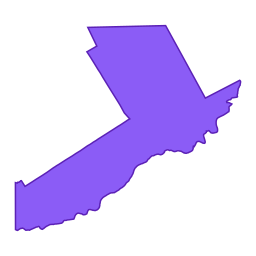 Nicolás Ruíz, Chiapas, Mexico
{"feature_id": "50627088B68724727080459", "entity_name": "Nicolás Ruíz", "entity_type": "district", "adm_level": 2, "iso_a3": "MEX", "parent_name": "Mexico", "parent_adm1": "Chiapas", "projection": "albers", "projection_center": [-92.605, 16.437], "detail": "fine", "context": "isolated", "style": "filled", "palette": "violet", "viewbox_px": 256, "rotation_deg": 0, "n_neighbors": 0, "source": "geoboundaries", "source_scale": "gbopen_adm2", "svg_char_len": 5599}
<svg xmlns="http://www.w3.org/2000/svg" viewBox="0 0 256 256"><path d="M165.6,25.6L87.8,27.4L96.8,46.1L86.9,51.8L88.1,53.6L90.2,56.8L94.1,63.1L98.2,69.8L99.9,72.3L101.5,75.0L102.0,75.9L103.0,77.6L106.7,83.6L109.1,87.5L117.9,101.6L118.7,102.9L120.1,105.2L124.2,112.7L124.3,112.9L127.9,116.9L129.8,118.9L128.9,119.4L128.1,119.8L125.6,121.5L120.3,125.0L118.1,126.3L112.7,129.8L111.1,130.8L106.4,133.8L99.8,138.0L98.8,138.6L97.3,139.6L96.4,140.3L93.2,142.2L92.1,143.0L90.0,144.4L88.2,145.4L87.2,146.0L81.6,149.9L80.6,150.6L75.7,153.6L72.3,155.9L65.9,159.8L58.8,164.4L56.4,165.8L55.3,166.6L53.5,167.7L47.2,172.2L42.0,175.6L36.4,179.1L35.3,179.8L32.9,181.4L29.1,183.8L25.0,186.4L21.4,180.7L21.1,180.7L20.6,180.8L20.1,181.5L19.4,181.9L18.8,182.4L18.2,182.2L17.6,182.3L17.3,183.0L16.5,182.9L15.4,182.6L15.5,229.6L17.3,230.4L18.1,230.1L18.9,229.5L20.7,228.4L21.6,228.4L22.3,228.1L23.0,228.3L23.7,228.6L24.1,228.9L24.5,229.3L25.0,229.6L25.7,230.2L26.5,230.2L27.2,230.1L28.0,230.0L28.5,230.0L29.6,230.2L30.7,229.5L31.8,229.1L35.4,227.5L36.1,227.1L37.0,227.0L37.9,226.7L38.6,226.4L39.3,226.7L39.7,227.4L40.3,228.4L41.8,229.2L42.4,229.3L43.6,228.5L44.1,228.2L44.3,227.9L45.1,227.3L45.8,226.8L46.4,226.3L47.4,225.9L48.1,225.5L48.9,225.1L50.0,224.5L51.0,224.5L52.1,224.3L53.2,224.5L54.0,224.2L55.3,224.0L56.3,224.0L57.5,223.8L58.6,223.7L59.7,223.5L61.8,223.1L63.1,221.9L63.6,220.9L64.4,220.4L66.0,220.4L67.6,219.9L69.2,219.8L70.3,219.6L71.8,219.4L73.8,219.1L74.5,217.5L75.0,215.9L75.8,214.6L77.2,213.4L78.4,213.1L79.3,213.3L80.0,213.5L80.8,213.7L81.8,213.8L82.6,214.5L83.6,214.8L85.2,214.6L86.8,213.8L87.8,210.9L88.6,209.7L90.0,209.5L92.0,210.0L92.9,210.3L93.6,210.3L94.0,210.4L94.5,210.5L95.5,210.5L96.2,210.2L96.4,210.1L97.1,209.9L98.2,209.0L99.0,208.0L99.4,207.2L99.5,206.6L99.7,206.0L99.8,205.3L99.8,204.5L99.8,203.9L100.1,203.3L100.2,202.6L100.3,201.9L100.5,201.0L100.6,200.5L101.0,200.0L101.3,199.5L101.6,199.0L102.0,198.6L102.5,198.0L103.0,197.5L103.5,197.1L104.0,196.8L104.6,196.4L105.3,196.0L106.0,195.6L107.1,194.8L107.6,194.5L108.1,194.3L108.6,194.0L109.2,193.7L109.8,193.3L111.0,192.9L111.5,192.8L112.1,192.9L112.8,192.7L113.6,192.7L114.6,192.6L115.3,192.0L116.2,191.6L117.0,191.0L117.9,190.5L118.8,190.0L119.5,189.3L119.8,188.9L120.4,188.6L120.8,188.2L121.7,187.8L122.3,187.4L122.9,186.9L123.6,186.4L124.1,185.9L124.7,185.3L125.6,184.1L125.9,183.4L126.4,182.9L127.1,182.2L127.6,181.9L128.4,181.2L128.9,180.7L129.4,179.5L129.8,178.7L130.2,178.2L130.6,177.6L131.0,177.1L131.5,176.5L131.8,175.9L132.1,175.1L132.6,174.3L133.0,173.5L133.3,172.5L133.6,171.7L133.7,171.0L134.0,170.3L134.3,169.6L134.5,169.3L134.8,168.5L135.2,168.0L135.7,167.6L136.1,167.1L136.5,166.5L137.1,166.1L137.4,165.8L138.1,165.3L138.7,165.0L139.2,164.7L139.9,164.5L140.6,164.1L141.1,163.9L142.3,163.6L142.9,163.4L143.4,163.0L144.0,162.8L144.7,162.5L145.3,162.3L146.0,162.0L146.6,161.5L147.0,161.1L147.4,160.5L147.6,160.0L147.9,159.6L148.2,159.2L148.7,158.9L149.0,158.8L149.3,158.5L149.6,158.1L150.3,157.3L150.9,156.8L151.2,156.4L151.5,156.2L151.9,155.9L152.4,155.8L153.1,155.8L153.7,155.6L154.1,155.5L154.6,155.2L155.0,154.9L156.0,154.6L156.6,154.4L157.1,154.2L157.7,154.2L158.2,154.1L158.8,154.3L159.5,154.5L160.2,154.6L160.8,154.8L161.2,154.6L161.6,154.5L162.0,154.3L162.4,154.2L162.9,153.8L163.2,153.5L163.4,153.2L163.7,153.1L164.1,152.6L164.4,152.3L164.4,151.7L164.5,151.3L164.8,151.1L165.0,150.9L165.7,150.5L166.2,150.2L166.7,150.0L167.6,149.8L168.4,149.9L168.9,150.2L169.5,150.5L169.9,150.5L170.3,150.3L170.9,150.3L171.5,150.4L172.1,150.7L172.6,150.9L172.8,151.0L173.1,151.2L173.7,151.4L174.2,151.6L174.8,151.5L175.2,151.5L175.8,151.4L176.3,151.2L176.8,151.0L177.5,150.8L178.3,150.8L178.8,150.8L179.3,150.9L179.8,151.1L180.9,151.2L181.5,151.4L182.2,151.9L182.6,152.1L183.1,152.4L183.7,152.7L184.2,152.8L184.2,153.0L184.8,153.1L185.5,153.2L186.1,153.3L186.5,153.2L186.9,153.1L187.4,152.9L188.0,152.8L188.5,152.7L188.8,152.5L189.1,152.2L189.8,152.0L190.3,151.8L190.8,151.5L191.1,151.3L191.6,151.1L191.9,150.8L192.3,150.5L192.6,150.1L192.8,149.7L193.0,149.0L193.1,148.7L193.2,148.1L193.1,147.4L193.4,146.2L194.2,146.7L194.8,145.6L195.4,144.7L195.7,143.9L196.0,143.3L196.3,142.5L196.8,142.0L197.3,141.6L197.9,141.5L198.3,141.4L198.8,141.4L199.1,141.4L199.3,141.5L199.5,141.5L200.0,141.7L200.4,141.9L200.9,142.1L201.4,142.4L202.2,142.7L202.8,143.1L203.5,143.2L204.5,143.3L205.1,142.8L205.2,141.8L204.9,140.5L204.5,139.0L204.1,137.7L203.8,136.9L203.7,136.3L203.6,135.4L203.6,134.8L203.7,134.4L204.1,134.1L204.5,133.8L205.1,133.5L205.5,133.1L206.0,132.6L206.3,132.4L206.4,131.9L206.5,131.6L206.4,131.1L207.0,131.1L207.4,131.1L207.8,131.0L208.1,130.9L208.6,130.6L209.2,130.8L209.8,131.6L210.5,132.2L211.0,132.8L211.5,132.9L212.6,133.1L213.8,133.0L214.9,132.7L216.0,132.5L216.8,132.2L217.5,131.3L217.6,130.1L217.5,128.8L217.2,127.6L216.6,126.2L216.2,124.4L216.1,122.8L216.2,121.1L216.5,119.8L216.9,118.9L217.7,118.0L218.7,117.4L220.2,116.6L222.1,115.7L223.2,115.2L223.9,114.8L226.6,113.1L227.9,112.1L228.8,111.7L229.0,111.0L229.1,110.1L229.1,108.9L229.0,108.1L229.0,107.0L229.4,106.3L230.2,105.7L231.3,104.8L231.9,104.0L228.7,102.5L226.9,102.5L226.9,102.4L226.6,101.4L227.4,100.7L228.6,100.0L229.4,99.8L230.5,99.7L230.9,99.4L231.1,98.8L231.8,98.1L232.7,97.7L233.9,97.7L234.7,97.5L235.7,97.4L236.2,97.3L236.9,97.2L237.5,96.7L237.3,96.0L237.3,94.9L237.4,94.1L237.7,93.3L237.7,92.8L237.7,92.1L237.8,91.3L238.0,90.7L238.1,89.7L238.3,88.5L238.9,87.5L239.2,86.9L239.4,86.2L240.1,85.3L240.2,84.1L240.3,83.6L240.5,82.9L240.6,81.6L240.4,81.0L239.7,80.3L205.3,98.1L180.5,52.7L165.6,25.6Z" fill="#8b5cf6" stroke="#5b21b6" stroke-width="1.5"/></svg>